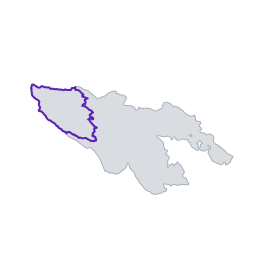 location of Ysyk-Köl within Kyrgyzstan, rotated 215°
{"feature_id": "KGZ-1117", "entity_name": "Ysyk-Köl", "entity_type": "Region", "adm_level": 1, "iso_a3": "KGZ", "parent_name": "Kyrgyzstan", "parent_adm1": "", "projection": "albers", "projection_center": [77.293, 42.048], "detail": "fine", "context": "in_parent", "style": "outline", "palette": "violet", "viewbox_px": 256, "rotation_deg": 215, "n_neighbors": 0, "source": "natural_earth", "source_scale": "10m", "svg_char_len": 8208}
<svg xmlns="http://www.w3.org/2000/svg" viewBox="0 0 256 256"><g transform="rotate(215 128 128)"><path d="M58.1,149.8L58.8,149.4L60.7,149.2L64.7,149.1L66.0,149.5L68.6,151.3L70.7,151.2L71.1,151.5L71.8,152.9L74.8,151.1L76.9,150.6L78.1,148.6L80.4,146.4L82.4,146.1L82.4,146.5L82.7,146.9L84.6,147.5L85.3,146.9L85.6,146.1L85.0,144.6L85.0,144.0L85.7,143.2L88.7,144.7L89.4,144.7L90.9,144.1L92.2,142.8L92.8,141.8L99.2,138.8L99.7,138.2L99.7,137.8L97.0,136.9L95.8,137.3L94.7,137.2L94.1,136.7L90.9,136.3L90.2,135.9L88.2,133.4L85.7,131.8L84.4,131.8L82.8,132.3L82.4,132.0L82.4,129.7L82.1,128.3L81.3,128.0L80.1,128.4L76.9,127.5L76.7,124.6L75.6,122.0L74.0,120.9L74.1,119.4L73.5,118.7L73.0,118.9L72.3,119.6L72.5,121.3L72.1,122.9L71.7,123.7L70.9,124.3L70.1,124.3L68.7,123.3L68.1,128.4L67.8,128.6L66.1,127.8L64.7,128.0L62.6,127.6L61.1,126.6L58.1,125.4L56.7,124.4L56.1,120.9L55.4,119.7L54.6,119.4L51.3,120.3L48.1,117.9L46.5,117.4L46.1,116.7L46.3,115.9L51.6,112.6L53.8,110.1L55.1,109.1L58.4,108.2L59.3,105.9L59.5,105.6L62.8,104.7L66.6,102.9L66.7,102.3L66.3,101.8L63.3,99.6L61.6,100.4L60.7,99.2L60.8,98.1L62.0,96.2L63.0,95.3L63.5,93.5L64.9,92.3L66.3,90.4L68.1,88.9L71.1,87.9L72.8,88.4L74.3,88.2L76.8,87.4L78.3,87.4L84.4,89.3L86.5,89.5L91.2,91.7L95.0,92.9L96.7,94.9L102.8,96.1L104.4,96.7L105.0,97.6L106.6,98.9L108.1,99.2L107.0,94.6L107.6,91.9L109.9,84.7L110.9,83.6L116.0,81.7L117.1,80.2L120.7,80.4L121.4,80.1L121.9,79.3L132.6,86.1L136.7,88.0L142.4,89.8L147.2,90.5L148.1,90.1L150.1,87.6L151.0,87.5L163.0,88.1L171.7,86.8L172.9,86.9L176.2,88.3L186.4,88.7L190.4,89.6L196.7,89.2L199.4,89.4L204.3,91.1L206.0,91.5L209.1,91.7L210.3,91.4L211.0,91.8L211.8,94.0L214.8,96.9L216.0,98.4L217.1,99.0L222.8,99.4L225.0,99.9L230.4,105.2L231.2,108.4L230.7,109.1L225.1,109.7L223.8,110.2L222.5,112.7L215.1,115.8L213.9,115.7L203.9,121.4L197.0,126.2L196.7,128.4L192.6,133.5L189.5,134.2L186.9,134.1L182.6,135.6L177.0,135.1L175.1,135.2L171.5,134.5L170.0,134.8L168.5,135.9L166.3,139.9L165.4,140.8L165.0,141.8L164.7,143.7L163.8,145.8L161.9,148.9L160.4,150.4L158.9,151.3L157.8,149.4L155.9,150.7L154.1,150.4L153.0,150.8L150.5,152.4L146.8,152.3L146.4,151.7L145.8,147.1L145.2,144.9L144.7,144.4L144.1,144.3L138.7,147.8L136.3,148.4L134.3,148.4L131.7,147.3L131.1,147.5L130.7,148.1L130.5,148.9L131.2,150.9L130.9,151.3L129.8,151.3L128.1,151.7L122.9,155.8L119.7,156.8L116.7,157.1L114.9,157.8L113.9,159.4L111.7,163.7L111.8,164.6L112.5,165.8L113.0,168.5L112.9,169.2L111.2,171.3L109.1,171.9L107.5,172.2L104.4,171.7L102.8,172.1L99.9,173.6L97.5,173.8L93.0,173.6L88.6,172.8L87.1,172.9L83.1,173.7L81.7,175.2L80.9,176.5L80.5,176.7L79.0,175.3L77.1,173.0L76.2,172.9L72.5,174.6L72.0,174.5L71.0,173.7L71.4,170.8L70.3,170.2L67.9,169.9L67.1,169.2L67.5,167.4L67.3,166.6L66.7,166.1L65.4,166.1L62.8,167.5L59.8,167.8L58.8,168.2L57.5,170.2L53.6,170.3L52.4,169.7L50.3,165.8L48.3,165.1L46.2,165.1L43.3,165.8L42.7,165.0L42.0,164.7L41.3,165.3L37.9,165.1L34.4,164.7L32.5,164.1L31.2,164.0L28.5,164.8L25.4,164.7L25.4,161.2L24.6,158.8L25.9,155.0L26.6,153.8L28.8,155.5L29.6,155.3L29.9,154.6L29.7,152.8L31.0,151.1L39.5,149.2L48.3,153.7L49.3,156.2L50.1,156.2L51.4,155.2L51.9,153.2L53.8,152.1L57.8,151.0L58.1,149.8ZM62.2,158.6L62.4,158.3L61.8,156.5L62.9,154.8L61.0,154.4L60.1,153.9L59.2,152.1L58.9,152.0L58.3,152.4L57.9,153.5L58.1,154.7L59.3,156.0L58.5,158.3L61.2,158.8L62.2,158.6ZM52.5,159.6L52.5,159.1L51.9,158.8L48.5,157.8L48.6,158.3L49.8,160.2L50.8,160.4L52.5,159.6ZM73.1,158.0L73.4,156.9L71.3,157.4L71.0,157.9L71.6,158.7L72.5,159.0L73.1,158.0Z" fill="#d9dde1" stroke="#a8b0b8" stroke-width="1"/><path d="M230.4,105.2L230.5,105.6L230.6,106.4L230.7,106.8L230.9,107.2L231.2,107.5L231.4,107.8L231.4,108.3L230.9,109.1L230.0,109.4L225.5,109.5L224.5,109.8L223.9,110.1L223.6,110.3L223.3,110.7L223.2,111.1L223.0,112.1L222.8,112.5L222.2,113.1L221.4,113.3L220.5,113.3L219.7,113.5L218.7,114.3L217.5,114.8L216.1,115.8L215.7,116.0L215.3,116.0L214.1,115.6L213.7,115.7L213.4,116.0L212.6,116.8L212.2,117.1L211.8,117.3L210.9,117.5L210.2,117.8L208.2,119.3L207.1,119.6L206.7,119.8L205.1,121.0L202.6,122.0L202.4,122.1L202.1,122.4L202.0,122.6L201.8,123.2L201.7,123.5L201.0,123.8L199.7,124.1L198.0,125.5L197.2,125.8L196.9,126.0L196.6,126.4L196.5,126.9L196.9,127.8L196.9,128.3L196.8,128.7L196.4,129.0L195.7,129.4L195.4,129.7L194.9,130.4L194.6,131.1L194.2,130.8L194.0,130.6L193.9,130.4L193.7,130.0L193.6,129.6L193.3,129.3L193.2,129.3L193.0,129.2L192.8,129.2L192.7,129.2L192.5,129.3L192.1,129.5L191.8,129.8L191.0,130.2L190.5,130.4L189.6,130.5L188.3,130.5L185.9,129.9L184.1,129.9L183.9,129.9L183.7,129.8L183.7,129.7L183.6,129.4L183.6,129.2L183.7,128.9L183.9,128.3L184.0,128.2L183.9,127.9L183.7,127.8L183.4,127.7L182.8,127.7L182.6,127.7L182.0,128.0L178.9,128.9L178.3,129.0L178.3,128.9L178.2,128.8L178.3,128.7L178.6,128.4L178.7,128.2L178.8,128.1L179.0,127.3L179.0,127.0L179.1,126.9L179.1,126.7L179.4,126.3L179.5,126.2L179.3,125.8L179.2,125.8L178.6,125.4L177.7,124.9L177.4,124.7L177.4,124.4L177.3,123.9L177.2,123.6L177.1,123.4L177.0,123.1L177.3,123.1L177.6,123.1L178.0,122.1L178.2,121.5L178.3,120.5L178.1,120.0L177.7,120.2L177.3,120.4L176.7,120.5L176.3,120.8L176.2,120.9L175.9,121.0L175.7,121.0L172.4,121.1L171.4,120.8L170.1,120.7L169.9,120.7L169.6,120.8L169.0,121.0L168.7,121.1L168.2,121.2L167.3,121.1L167.2,121.0L167.1,120.9L166.9,120.7L166.7,120.5L166.5,120.4L166.4,120.4L166.0,120.5L165.7,120.6L165.6,120.4L165.7,120.2L166.0,119.8L166.2,119.4L166.3,119.1L166.3,118.5L166.4,118.4L166.4,118.2L166.5,118.1L166.8,117.6L166.9,117.1L166.9,116.9L166.9,116.7L166.4,116.3L165.9,116.1L165.6,116.0L165.4,115.9L165.0,116.1L164.6,116.2L162.2,116.1L162.0,115.8L162.0,115.7L161.7,115.3L162.0,114.8L162.2,114.7L162.4,114.5L162.6,114.5L163.0,114.5L164.1,114.5L164.7,114.5L164.9,114.4L165.0,113.8L165.0,113.7L165.2,113.1L165.5,112.3L165.5,112.2L165.4,112.2L164.9,112.4L164.7,112.5L164.3,112.4L163.7,112.2L162.2,111.3L160.6,111.2L159.9,111.0L159.5,110.7L158.8,110.5L158.7,110.5L158.1,110.6L157.9,110.6L157.6,110.5L157.4,110.4L156.9,110.1L156.7,109.9L156.4,109.9L155.9,110.1L154.5,110.5L154.4,110.5L154.2,110.5L153.9,110.4L153.8,110.1L153.9,109.9L154.0,109.7L154.4,109.4L154.8,109.1L155.0,108.9L155.1,108.7L155.2,108.4L155.2,108.2L155.2,107.9L155.0,107.6L154.9,107.4L154.7,107.3L154.1,106.8L153.9,106.7L153.9,106.2L153.8,105.9L153.7,105.9L153.4,105.8L153.3,105.7L153.3,105.4L153.4,104.8L153.4,104.6L153.8,103.8L153.8,103.7L153.7,103.2L153.4,102.8L153.1,102.5L153.0,102.4L153.0,102.2L152.9,101.7L152.8,101.4L152.7,101.2L152.1,101.0L151.8,101.0L151.7,101.1L151.6,101.4L151.6,101.5L151.3,101.7L151.2,101.8L149.7,101.9L149.4,101.8L149.4,101.7L149.1,101.1L148.9,100.9L148.3,100.7L148.2,100.6L147.5,100.4L147.4,100.3L147.4,100.2L147.1,99.4L147.1,99.2L147.8,98.8L148.0,98.7L148.1,98.3L148.1,98.2L148.1,97.9L148.2,97.7L148.3,97.7L148.6,97.6L148.8,97.6L149.0,97.5L149.4,97.1L149.7,97.0L150.1,96.8L150.3,96.7L150.6,96.2L150.8,96.1L151.0,96.0L152.4,96.2L152.7,96.1L155.3,95.6L155.7,95.6L156.0,95.8L156.3,95.8L156.6,95.8L156.8,95.7L157.2,95.4L157.4,95.3L158.4,94.1L158.7,93.8L159.2,93.6L160.4,93.0L161.8,92.7L162.0,92.6L162.3,91.8L162.4,91.7L162.6,91.7L163.9,91.9L164.4,91.9L164.9,92.1L165.1,92.1L165.4,92.1L166.3,91.6L166.5,91.5L167.5,91.9L168.1,92.0L168.3,91.9L168.5,91.8L168.5,91.6L168.6,91.3L168.7,91.2L168.8,91.1L169.0,91.1L173.3,91.2L173.7,91.1L174.2,90.9L174.3,90.8L174.4,90.7L174.5,90.2L175.0,89.5L175.1,89.4L175.3,89.4L175.6,89.4L175.7,89.5L175.8,89.4L175.9,89.2L175.7,88.4L176.0,88.4L177.8,88.7L178.4,88.5L179.2,88.2L179.5,88.1L180.2,88.3L181.0,88.3L181.3,88.5L181.6,88.7L182.0,88.9L182.3,88.9L183.2,88.5L183.6,88.4L184.8,88.4L186.0,88.7L186.1,88.9L186.2,89.0L186.3,89.2L186.5,89.3L187.0,89.1L187.3,88.9L187.9,88.8L188.3,88.8L188.7,89.0L189.7,89.6L190.5,89.7L192.4,89.5L193.3,89.6L194.1,89.4L194.5,89.5L195.2,89.7L195.6,89.8L195.9,89.6L196.5,89.2L196.9,89.1L197.7,89.0L198.9,89.1L200.7,89.7L201.4,90.1L202.1,90.6L202.4,90.8L204.6,91.0L206.0,91.6L207.2,91.6L207.9,91.9L208.6,91.9L210.0,91.1L210.7,91.0L211.2,91.1L211.3,91.3L211.2,92.3L211.3,92.9L211.4,93.4L211.6,93.8L211.8,94.3L212.5,94.9L214.0,95.6L214.6,96.2L215.4,98.1L215.9,98.8L216.9,99.1L218.6,99.2L220.1,98.9L220.9,98.9L224.9,99.6L225.7,100.1L226.0,100.4L226.7,101.4L227.9,102.5L228.5,103.2L229.0,104.1L229.6,104.8L230.4,105.2Z" fill="none" stroke="#5b21b6" stroke-width="2"/></g></svg>